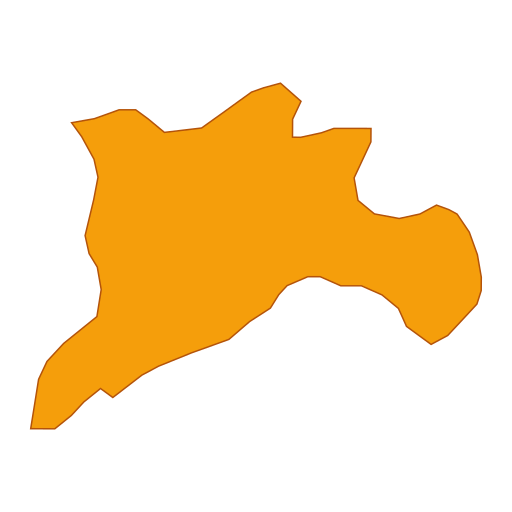 the district of Anak, Hwanghae-namdo, North Korea, rotated 180°
{"feature_id": "82179303B532613620970", "entity_name": "Anak", "entity_type": "district", "adm_level": 2, "iso_a3": "PRK", "parent_name": "North Korea", "parent_adm1": "Hwanghae-namdo", "projection": "equal_earth", "projection_center": [125.436, 38.463], "detail": "fine", "context": "isolated", "style": "filled", "palette": "amber", "viewbox_px": 512, "rotation_deg": 180, "n_neighbors": 0, "source": "geoboundaries", "source_scale": "gbopen_adm2", "svg_char_len": 1101}
<svg xmlns="http://www.w3.org/2000/svg" viewBox="0 0 512 512"><g transform="rotate(180 256 256)"><path d="M80.9,167.6L64.3,176.5L47.6,194.4L35.1,207.9L30.8,221.4L30.7,234.8L34.6,257.3L42.7,279.8L46.1,284.9L54.9,297.9L63.2,302.4L75.5,306.9L92.1,298.0L112.8,293.5L137.6,298.1L154.0,311.6L157.9,334.1L149.5,352.1L141.1,370.1L141.0,383.5L149.2,383.6L161.6,383.6L178.1,383.6L190.6,379.2L211.3,374.7L219.5,374.8L219.4,392.8L211.0,410.7L231.5,428.8L248.1,424.3L260.5,419.9L273.0,410.9L285.4,401.9L310.4,384.0L347.6,379.6L364.0,393.2L376.3,402.2L392.9,402.2L417.7,393.3L440.4,389.3L430.3,375.3L418.0,352.8L414.0,334.8L418.3,312.3L426.9,276.4L422.9,258.4L414.7,244.9L410.8,222.4L415.1,195.4L431.7,182.0L448.3,168.6L465.0,150.6L473.4,132.7L477.7,105.7L481.3,83.3L457.2,83.2L440.6,96.6L428.1,110.1L411.5,123.5L399.2,114.5L370.1,136.9L353.5,145.8L320.4,159.2L295.6,168.1L283.1,172.6L262.3,190.5L241.6,203.9L233.2,217.4L224.9,226.4L204.2,235.3L191.8,235.3L171.2,226.2L150.6,226.2L130.0,217.1L113.6,203.6L109.5,194.6L105.5,185.6L93.2,176.6L80.9,167.6Z" fill="#f59e0b" stroke="#b45309" stroke-width="1.5"/></g></svg>